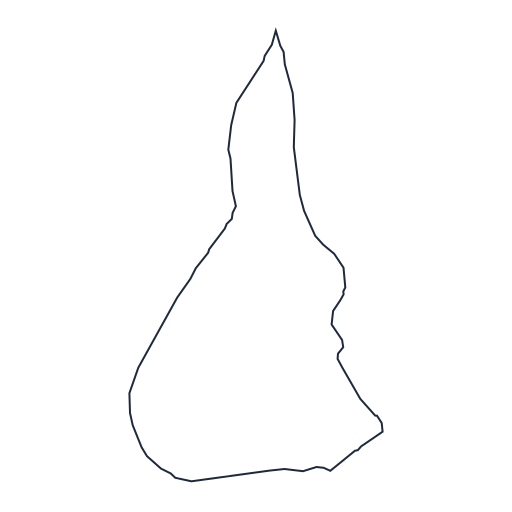 Santa Apolonia, Chimaltenango, Guatemala
{"feature_id": "79465075B14911635135013", "entity_name": "Santa Apolonia", "entity_type": "district", "adm_level": 2, "iso_a3": "GTM", "parent_name": "Guatemala", "parent_adm1": "Chimaltenango", "projection": "mercator", "projection_center": [-90.952, 14.838], "detail": "fine", "context": "isolated", "style": "outline", "palette": "slate", "viewbox_px": 512, "rotation_deg": 0, "n_neighbors": 0, "source": "geoboundaries", "source_scale": "gbopen_adm2", "svg_char_len": 935}
<svg xmlns="http://www.w3.org/2000/svg" viewBox="0 0 512 512"><path d="M382.6,431.7L381.7,423.0L377.0,415.7L375.2,415.6L360.3,398.9L342.6,368.1L337.6,358.9L338.0,353.6L341.3,349.6L343.2,347.2L342.1,340.0L331.6,324.5L333.1,311.0L340.3,300.2L343.6,294.4L343.3,291.4L345.3,287.5L343.5,267.7L334.2,253.8L323.2,244.7L315.2,235.8L304.1,210.9L299.8,194.9L293.8,147.2L294.6,120.1L292.7,93.0L284.8,64.3L283.6,51.9L280.3,45.8L275.8,30.7L271.8,44.8L264.7,55.9L263.6,60.9L236.4,102.8L231.2,125.1L228.3,149.6L230.5,158.6L232.5,191.0L235.9,206.2L232.6,212.9L231.8,218.9L226.7,223.9L224.8,228.6L209.2,249.2L208.1,252.8L195.8,268.2L190.3,279.0L177.3,297.4L138.3,367.7L129.4,393.2L130.0,413.0L132.7,425.2L141.6,447.3L147.0,456.2L161.0,468.6L170.8,473.5L175.3,477.8L191.4,481.3L269.5,470.6L284.5,469.0L303.0,471.2L316.5,467.0L323.7,467.8L330.3,470.8L355.0,450.7L357.8,450.2L361.1,446.4L382.6,431.7Z" fill="none" stroke="#1e293b" stroke-width="2"/></svg>